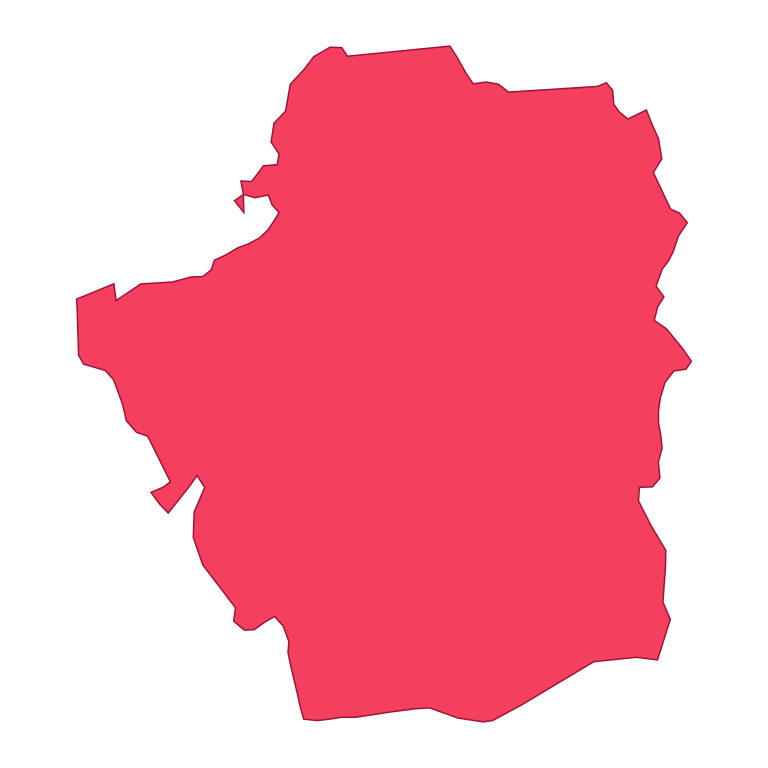 Água Santa, Rio Grande do Sul, Brazil (Natural Earth projection)
{"feature_id": "56859067B17076828661900", "entity_name": "Água Santa", "entity_type": "district", "adm_level": 2, "iso_a3": "BRA", "parent_name": "Brazil", "parent_adm1": "Rio Grande do Sul", "projection": "natural_earth1", "projection_center": [-52.061, -28.213], "detail": "fine", "context": "isolated", "style": "filled", "palette": "rose", "viewbox_px": 768, "rotation_deg": 0, "n_neighbors": 0, "source": "geoboundaries", "source_scale": "gbopen_adm2", "svg_char_len": 1864}
<svg xmlns="http://www.w3.org/2000/svg" viewBox="0 0 768 768"><path d="M243.4,194.4L255.0,197.7L268.4,195.0L272.0,204.7L279.1,212.6L274.0,220.9L268.4,229.4L259.7,237.8L247.6,244.3L237.8,247.8L225.1,255.3L214.5,260.1L211.2,269.8L202.9,276.5L191.0,277.0L172.3,282.0L140.7,284.0L116.1,300.6L113.9,283.8L76.6,299.1L77.2,309.8L78.6,355.2L83.7,364.2L92.0,366.6L105.4,370.5L113.4,379.5L117.0,388.9L122.6,404.3L126.4,420.9L136.5,432.3L147.7,436.2L170.4,481.8L163.1,487.3L151.0,492.3L159.7,504.2L168.2,513.1L190.4,485.1L197.0,475.5L204.7,487.3L198.8,501.3L194.2,512.0L193.7,525.6L193.3,537.5L202.9,565.1L235.5,607.8L233.7,621.1L244.2,630.1L254.1,629.7L264.6,622.2L274.6,616.5L283.3,626.2L288.9,641.5L288.0,652.3L290.7,665.6L294.8,682.9L297.7,695.0L299.9,705.5L303.7,719.1L317.3,720.6L329.8,719.1L341.3,717.3L355.3,717.3L388.2,712.3L414.6,708.8L429.6,707.9L457.8,718.0L483.3,721.9L492.5,720.6L507.9,712.3L521.8,704.8L593.8,661.7L636.2,657.3L657.5,659.9L670.3,619.4L662.9,602.1L665.5,566.6L665.8,550.4L657.5,536.4L651.0,525.6L645.4,514.5L638.5,500.9L639.4,487.3L652.3,486.9L659.9,478.3L658.4,461.7L662.1,448.1L660.8,435.6L658.5,422.7L658.5,410.8L660.3,398.1L665.0,382.4L673.8,371.0L686.0,369.2L691.4,361.3L682.5,348.4L673.3,337.2L666.3,328.7L654.3,320.4L657.6,307.0L663.9,296.9L656.1,286.2L662.1,269.3L668.6,260.8L673.3,251.4L678.4,236.0L687.3,222.7L679.5,213.0L670.6,209.1L653.3,172.5L661.8,158.9L658.5,138.7L652.0,124.3L646.4,110.0L627.8,119.0L619.6,112.2L613.8,104.4L612.6,90.3L606.4,82.7L597.7,86.4L508.5,92.1L498.4,84.2L486.2,82.0L473.2,83.8L466.2,73.5L457.3,57.7L449.9,46.1L347.5,56.2L341.7,47.6L330.1,47.2L313.8,56.6L304.0,69.5L290.3,84.2L285.6,111.1L274.0,123.2L271.1,142.0L279.1,154.1L277.2,164.6L263.3,165.9L257.7,173.6L251.6,181.5L240.9,181.0L243.4,194.4ZM243.4,194.4L234.5,200.7L243.8,212.4L243.4,194.4Z" fill="#f43f5e" stroke="#9f1239" stroke-width="1.5"/></svg>